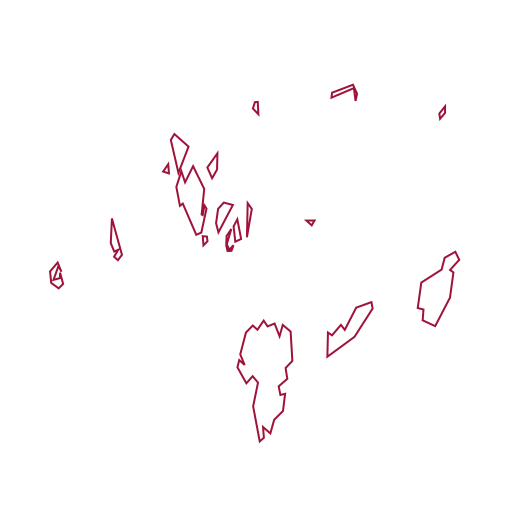 Banggai Laut, Sulawesi Tengah, Indonesia, rotated 188°
{"feature_id": "22746128B78411617556279", "entity_name": "Banggai Laut", "entity_type": "district", "adm_level": 2, "iso_a3": "IDN", "parent_name": "Indonesia", "parent_adm1": "Sulawesi Tengah", "projection": "equal_earth", "projection_center": [123.625, -1.86], "detail": "medium", "context": "isolated", "style": "outline", "palette": "rose", "viewbox_px": 512, "rotation_deg": 188, "n_neighbors": 0, "source": "geoboundaries", "source_scale": "gbopen_adm2", "svg_char_len": 1959}
<svg xmlns="http://www.w3.org/2000/svg" viewBox="0 0 512 512"><g transform="rotate(188 256 256)"><path d="M226.5,72.9L222.9,77.1L225.2,87.6L217.1,82.3L215.2,96.4L207.7,106.3L208.0,123.6L212.5,121.8L215.4,130.1L207.9,138.7L211.1,149.2L205.4,157.2L211.2,186.0L219.9,191.5L221.5,179.8L228.2,191.7L234.7,187.9L239.4,193.1L244.3,183.2L249.5,186.7L255.3,178.8L257.9,156.4L252.1,146.5L258.1,150.6L258.9,143.2L247.8,128.6L242.6,136.5L236.4,130.9L237.9,106.7L226.5,72.9ZM82.0,215.5L68.8,211.5L58.1,241.8L58.2,267.2L61.9,269.2L54.2,280.5L59.2,287.9L68.9,280.5L70.3,268.4L88.6,252.7L88.6,227.0L82.7,226.3L82.0,215.5ZM318.1,268.7L313.4,271.6L311.6,296.0L314.0,298.8L314.5,289.1L315.6,289.5L316.6,315.2L330.8,336.2L336.5,319.1L341.7,329.5L344.5,313.3L338.3,295.1L335.8,297.7L318.1,268.7ZM171.3,166.2L147.2,189.7L133.2,220.2L135.3,226.4L149.6,218.8L157.8,195.2L162.3,199.6L169.7,188.0L174.1,190.2L171.3,166.2ZM344.4,327.5L338.0,354.9L353.8,365.4L356.5,359.1L344.4,327.5ZM300.1,297.4L300.1,282.9L296.5,274.2L286.0,303.3L295.3,304.4L300.1,297.4ZM396.4,235.5L392.2,232.6L388.9,238.5L403.9,273.1L401.6,248.5L397.0,240.7L393.3,243.0L396.4,235.5ZM455.0,200.8L446.9,196.5L443.1,201.5L447.7,212.2L447.1,206.8L453.2,204.2L450.2,218.7L446.5,213.3L451.5,221.9L457.8,212.0L455.0,200.8ZM310.3,326.9L306.6,336.2L308.5,352.3L316.5,336.9L310.3,326.9ZM271.6,307.2L267.6,273.3L266.7,302.0L271.6,307.2ZM203.3,423.3L182.4,435.9L179.0,423.4L178.5,430.7L183.8,439.1L203.4,428.3L203.3,423.3ZM278.5,267.3L273.1,270.8L279.6,289.7L282.3,282.2L278.5,267.3ZM284.9,257.0L281.0,257.7L279.8,263.5L283.3,258.5L286.6,263.6L284.2,279.3L287.9,271.7L286.9,262.2L284.9,257.0ZM211.0,298.1L205.1,294.1L203.0,299.3L211.0,298.1ZM89.6,430.5L94.3,422.5L92.8,417.5L88.7,424.0L89.6,430.5ZM279.6,401.6L273.4,396.7L275.7,408.8L278.5,408.2L279.6,401.6ZM359.7,326.7L353.7,325.7L355.7,334.7L359.7,326.7ZM309.5,259.2L306.1,263.9L307.3,268.4L311.5,268.2L309.5,259.2Z" fill="none" stroke="#9f1239" stroke-width="2"/></g></svg>